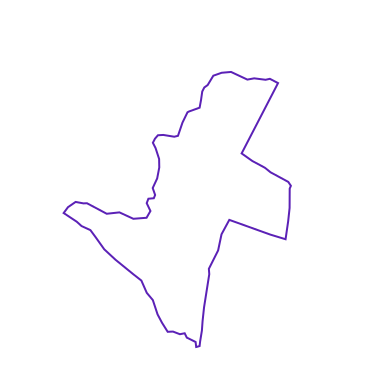 Maïné-Soroa, Diffa, Niger (orthographic projection), rotated 27°
{"feature_id": "23599985B74336618625682", "entity_name": "Maïné-Soroa", "entity_type": "district", "adm_level": 2, "iso_a3": "NER", "parent_name": "Niger", "parent_adm1": "Diffa", "projection": "orthographic", "projection_center": [11.886, 13.761], "detail": "fine", "context": "isolated", "style": "outline", "palette": "violet", "viewbox_px": 384, "rotation_deg": 27, "n_neighbors": 0, "source": "geoboundaries", "source_scale": "gbopen_adm2", "svg_char_len": 1157}
<svg xmlns="http://www.w3.org/2000/svg" viewBox="0 0 384 384"><g transform="rotate(27 192 192)"><path d="M158.2,78.7L157.4,89.6L155.5,93.3L155.5,97.8L158.3,106.0L160.5,113.4L152.8,121.6L151.8,123.0L152.0,134.4L154.0,148.3L151.1,150.8L140.5,154.2L135.9,156.9L134.8,161.3L134.8,165.9L139.6,169.4L147.7,177.5L151.7,185.0L154.8,195.7L155.2,206.3L160.5,211.4L160.8,214.9L156.2,217.8L156.7,222.5L163.6,227.8L163.2,235.6L151.9,242.5L136.6,243.1L125.9,250.1L103.5,249.7L100.5,251.4L92.8,253.7L88.4,261.8L87.2,269.0L102.8,270.8L109.1,272.5L118.8,272.1L126.8,276.1L139.8,282.9L154.6,287.1L176.9,291.9L187.1,293.9L197.5,302.4L206.2,306.1L216.9,316.7L224.6,322.1L233.8,327.6L238.4,325.0L245.8,324.2L249.6,321.2L253.5,324.1L263.3,324.0L266.1,328.2L266.5,327.9L268.7,325.8L267.1,321.5L263.7,310.9L260.1,302.4L255.1,289.3L244.7,257.4L241.9,252.8L241.8,232.2L237.5,216.3L237.9,199.9L281.1,194.4L296.8,191.6L291.0,174.5L286.2,161.9L277.5,144.6L277.3,141.6L273.2,139.3L253.1,138.8L245.9,137.3L231.8,137.0L218.7,135.1L219.2,57.7L219.2,55.9L210.0,55.8L206.6,58.6L195.8,62.5L190.3,66.7L172.3,67.3L164.3,72.3L158.2,78.7Z" fill="none" stroke="#5b21b6" stroke-width="2"/></g></svg>